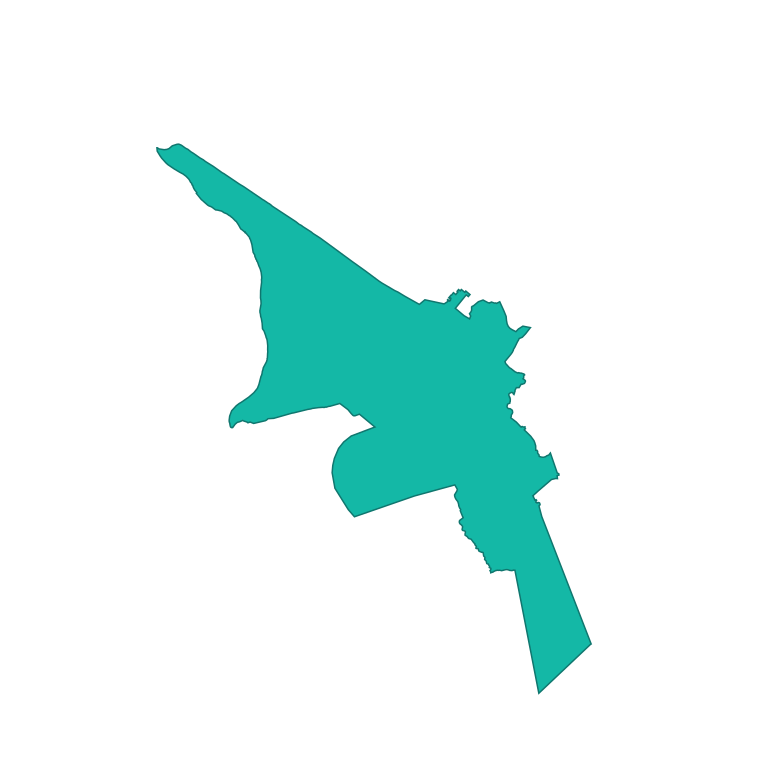 the district of Siak, Riau, Indonesia, rotated 220°
{"feature_id": "22746128B48036345674071", "entity_name": "Siak", "entity_type": "district", "adm_level": 2, "iso_a3": "IDN", "parent_name": "Indonesia", "parent_adm1": "Riau", "projection": "mercator", "projection_center": [101.837, 0.828], "detail": "fine", "context": "isolated", "style": "filled", "palette": "teal", "viewbox_px": 768, "rotation_deg": 220, "n_neighbors": 0, "source": "geoboundaries", "source_scale": "gbopen_adm2", "svg_char_len": 6167}
<svg xmlns="http://www.w3.org/2000/svg" viewBox="0 0 768 768"><g transform="rotate(220 384 384)"><path d="M66.6,246.6L58.4,317.7L58.2,318.0L178.0,383.9L186.2,389.7L187.0,390.5L186.8,391.7L187.2,392.2L188.5,392.9L189.8,392.3L190.1,391.4L190.3,391.3L191.5,391.0L192.4,392.1L192.2,392.8L192.6,393.1L193.2,393.1L193.4,392.4L193.6,392.1L194.1,392.1L195.5,393.0L196.6,393.2L197.2,393.9L198.1,394.0L197.1,401.3L194.3,418.5L191.7,422.0L190.3,423.0L192.5,425.1L191.4,426.7L192.4,427.6L194.1,427.2L212.2,438.1L212.1,435.5L213.1,433.8L213.6,432.0L214.9,430.2L216.8,429.0L218.5,428.3L219.8,429.4L221.7,429.7L223.1,431.2L224.3,431.5L225.2,430.8L228.0,434.1L230.7,435.9L232.7,437.0L238.0,438.3L247.0,439.0L247.2,439.5L246.9,440.6L247.4,440.7L248.5,441.8L249.4,440.7L250.8,440.3L251.1,439.9L251.1,439.3L251.4,439.1L258.2,439.9L265.2,439.6L265.7,441.0L266.6,442.2L266.6,442.9L267.0,444.7L268.3,446.0L269.3,446.4L271.1,446.2L271.6,446.1L272.9,445.1L273.8,445.1L274.7,445.4L275.3,445.8L276.3,447.8L276.1,448.9L275.4,449.9L275.3,450.4L276.0,451.1L276.1,451.8L277.6,453.7L278.0,453.8L278.5,454.4L278.9,454.3L279.2,454.6L279.5,454.6L279.8,455.1L280.8,455.3L281.9,456.4L281.6,458.3L280.8,459.6L280.1,460.0L279.6,460.1L278.9,459.6L277.7,459.5L278.3,461.2L278.8,461.8L278.8,462.4L279.6,463.4L280.2,465.9L279.9,466.8L279.4,466.9L278.8,467.6L278.2,468.0L278.8,472.0L278.0,472.6L276.8,474.7L276.9,475.5L277.4,477.0L277.7,477.3L278.4,477.5L279.9,477.4L280.3,477.2L280.9,477.4L280.9,478.4L282.3,480.2L282.4,480.8L282.1,481.2L282.4,481.6L283.2,481.6L285.8,480.6L287.4,479.4L287.6,479.5L288.2,479.2L288.6,478.4L291.4,477.6L296.8,477.4L298.4,477.1L304.0,477.9L305.8,479.0L305.9,488.9L306.1,490.9L306.6,492.9L307.1,493.9L307.4,496.1L308.9,502.1L309.3,504.6L309.7,505.7L308.1,508.7L307.8,513.6L308.1,521.3L314.8,517.6L316.4,512.5L316.6,508.9L320.5,508.0L323.3,507.6L325.8,508.0L328.3,509.2L331.0,511.4L333.9,514.3L339.2,517.1L348.2,521.4L349.6,518.1L350.3,518.0L350.9,517.6L351.1,517.1L354.3,515.9L354.3,515.5L354.6,515.4L355.0,514.6L355.0,514.0L355.4,514.0L355.9,513.5L356.4,513.2L362.1,512.0L364.6,507.7L365.7,501.5L366.4,500.1L366.4,499.3L364.3,496.8L363.8,495.2L363.7,492.8L361.3,491.8L360.3,488.9L366.4,487.8L378.0,487.8L378.3,505.1L375.6,505.2L375.6,507.8L381.1,507.8L381.0,506.2L385.5,506.1L385.5,504.3L387.6,504.3L387.6,502.4L387.2,502.6L387.0,501.7L386.5,501.7L386.5,498.7L389.5,498.6L389.4,495.3L389.8,495.1L389.8,491.7L388.4,491.7L388.3,492.7L387.9,492.7L387.9,491.6L387.5,491.6L387.4,491.2L387.2,491.2L387.2,490.4L386.9,490.4L387.0,489.7L389.4,489.7L389.4,489.2L388.5,489.2L388.5,488.9L388.0,488.9L389.3,484.4L389.6,483.9L406.8,474.8L408.1,467.7L424.5,464.6L432.4,463.4L435.7,462.5L450.5,460.0L454.2,459.6L471.4,458.6L486.8,457.4L526.6,454.8L535.1,453.7L537.4,453.7L547.5,452.4L549.0,452.4L551.7,451.8L555.9,451.7L583.8,448.4L585.5,448.5L587.6,448.4L589.5,448.0L593.9,447.6L595.4,447.3L618.3,445.0L623.2,444.2L642.3,442.2L643.2,441.9L654.5,441.0L663.7,439.7L666.5,439.6L670.3,438.9L678.3,438.2L680.9,437.8L685.1,437.7L687.5,437.1L692.7,436.7L695.3,435.9L696.6,434.7L699.3,430.4L700.0,426.2L700.5,425.3L701.1,424.2L703.0,422.2L707.4,419.5L709.4,419.3L709.8,419.0L707.4,416.6L702.1,414.8L699.5,414.1L693.1,413.2L690.6,413.1L682.8,413.9L676.7,414.9L672.9,415.7L669.2,415.9L666.2,415.6L664.8,415.4L661.8,414.2L660.5,414.1L658.8,413.1L658.3,413.2L656.2,411.9L653.9,411.0L650.4,410.3L650.3,409.4L642.7,407.9L634.1,407.7L632.6,407.9L630.1,408.8L625.3,409.1L624.5,409.3L623.9,409.9L619.5,412.1L616.6,412.4L614.0,413.3L610.6,413.6L609.5,413.9L608.1,413.7L607.3,413.9L602.4,413.4L601.8,413.6L597.5,412.3L593.9,410.9L592.9,410.7L592.0,410.9L588.7,410.9L588.3,411.3L587.6,411.2L588.2,411.1L588.3,410.9L588.0,410.7L587.3,410.6L587.0,410.9L581.4,409.9L580.8,409.4L578.7,408.5L574.8,405.9L568.8,400.7L565.9,399.7L564.9,398.7L562.8,397.7L562.6,397.4L561.5,397.2L560.6,396.5L559.2,396.1L555.9,394.1L552.8,392.6L549.8,390.5L546.6,387.5L545.5,386.2L545.2,385.5L543.2,383.3L538.7,376.4L533.9,370.5L532.0,368.9L529.7,366.4L526.2,360.4L524.9,359.0L523.7,358.2L521.8,356.4L520.3,355.5L516.5,352.3L512.6,348.2L509.8,347.4L505.4,344.8L503.8,343.6L503.3,343.6L501.3,342.1L497.7,338.6L495.2,335.5L493.4,333.6L493.2,333.1L490.0,328.9L489.9,328.3L489.3,327.8L488.3,325.4L486.9,318.8L485.8,316.8L485.4,315.6L484.2,313.7L483.4,312.0L483.1,310.7L479.5,303.2L478.2,299.3L478.1,293.7L479.2,286.9L481.6,278.2L482.4,276.0L483.2,272.4L483.5,265.5L481.6,260.2L479.4,256.8L478.3,255.6L476.2,254.3L476.0,253.9L474.1,252.5L473.4,252.4L472.7,252.6L472.5,253.1L472.1,253.1L471.9,253.4L472.2,257.5L471.8,259.9L471.6,260.5L470.3,262.3L468.8,265.3L467.3,265.6L464.8,266.7L463.3,266.8L462.1,268.8L458.5,270.0L451.3,279.6L450.8,280.9L450.5,282.9L446.4,286.8L435.7,302.6L434.7,303.7L426.1,315.5L424.0,317.9L423.3,319.1L419.1,323.7L416.0,326.7L414.7,327.6L414.2,328.5L413.2,329.3L412.1,331.2L411.1,332.2L405.3,340.7L395.1,341.2L390.4,340.3L387.6,340.0L386.8,340.2L385.8,341.0L383.4,345.1L363.3,345.2L375.7,323.1L377.6,313.7L377.4,305.5L374.2,295.1L370.9,288.7L366.7,282.7L354.6,272.6L330.6,264.8L321.3,263.3L288.7,317.8L264.9,352.2L260.2,350.5L259.4,348.9L258.7,344.5L258.0,343.7L256.5,342.7L254.8,342.0L252.1,341.4L251.3,341.0L249.5,339.8L248.5,338.8L246.3,337.6L245.2,337.4L244.7,337.2L244.5,336.9L244.2,336.0L243.7,335.7L238.2,332.8L237.6,332.7L237.4,332.2L238.3,328.4L238.2,327.5L237.6,326.7L236.9,326.1L235.7,325.7L233.9,325.8L232.4,325.4L231.9,325.0L230.7,322.8L230.3,322.5L229.6,322.4L227.8,323.3L226.7,323.2L226.0,322.2L225.5,321.2L224.7,320.3L222.2,320.6L220.7,320.2L219.8,320.1L217.5,321.1L213.3,320.1L211.6,320.0L211.4,319.6L210.3,319.1L209.2,319.1L208.8,318.9L208.1,317.3L207.5,317.3L206.7,318.0L205.9,318.3L204.2,317.1L203.4,317.1L200.9,317.9L200.5,318.3L199.7,318.6L197.1,316.3L195.4,316.1L194.9,315.7L194.3,314.4L193.7,314.2L192.0,314.1L190.0,312.6L189.3,312.6L188.4,313.1L187.1,312.5L186.0,312.3L185.4,311.1L183.7,311.5L182.9,310.5L182.9,309.2L181.5,308.7L180.9,308.0L179.5,310.2L179.4,310.9L178.3,313.3L177.9,313.5L177.4,314.3L176.4,314.9L175.7,315.7L173.9,316.6L171.5,319.9L170.6,320.8L169.2,321.6L168.1,321.9L166.0,323.3L165.3,324.5L164.0,325.5L66.6,246.6Z" fill="#14b8a6" stroke="#0f766e" stroke-width="1.5"/></g></svg>